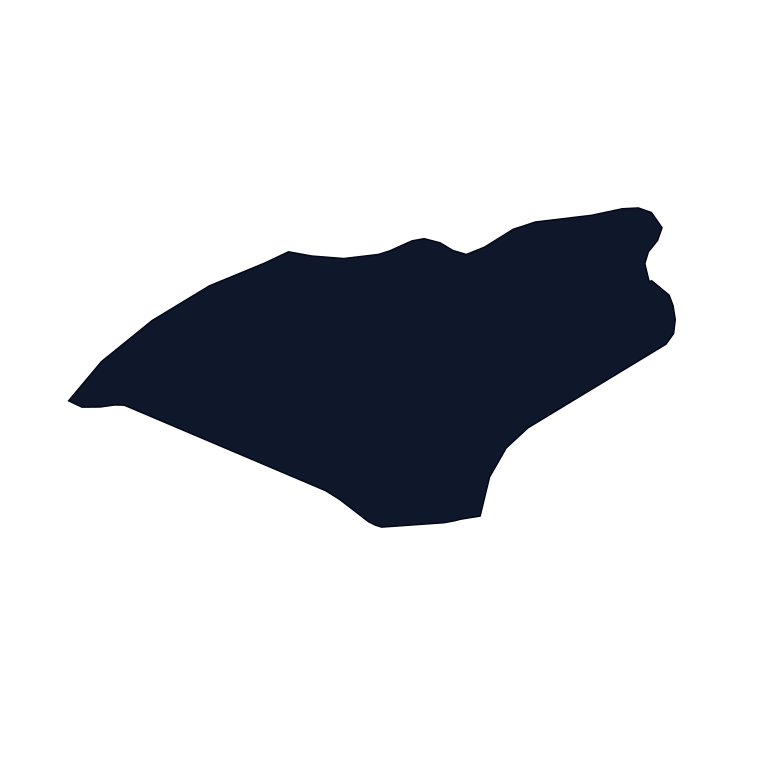 Perlis, Robinson projection, rotated 75°
{"feature_id": "MYS-1141", "entity_name": "Perlis", "entity_type": "State", "adm_level": 1, "iso_a3": "MYS", "parent_name": "Malaysia", "parent_adm1": "", "projection": "robinson", "projection_center": [100.224, 6.484], "detail": "fine", "context": "isolated", "style": "filled", "palette": "ink", "viewbox_px": 768, "rotation_deg": 75, "n_neighbors": 0, "source": "natural_earth", "source_scale": "10m", "svg_char_len": 794}
<svg xmlns="http://www.w3.org/2000/svg" viewBox="0 0 768 768"><g transform="rotate(75 384 384)"><path d="M305.0,75.0L316.1,82.6L319.2,86.8L324.7,94.4L335.2,100.9L353.6,101.4L353.6,98.7L372.0,85.6L383.1,84.5L397.2,86.0L410.2,91.2L418.5,101.3L463.6,256.3L477.4,282.5L501.2,306.1L536.4,325.3L534.4,345.3L534.4,351.0L533.5,362.0L521.6,423.4L518.2,428.7L513.1,434.5L484.3,456.5L472.0,467.9L337.6,639.9L336.2,643.7L334.5,649.9L332.7,664.3L328.2,681.7L318.8,692.8L318.6,693.0L289.2,651.0L262.7,591.6L244.0,527.3L236.3,468.0L231.6,442.0L241.7,420.6L252.4,390.4L257.4,356.0L256.9,344.0L253.0,320.0L254.0,307.6L262.2,293.2L272.9,282.9L280.2,270.9L277.8,251.3L268.0,219.2L266.7,195.7L274.8,139.7L276.4,108.5L279.8,92.7L287.6,81.3L305.0,75.0Z" fill="#0f172a" stroke="#020617" stroke-width="1.5"/></g></svg>